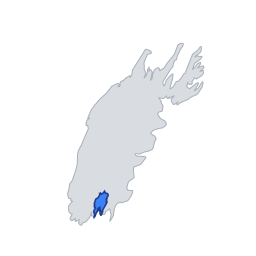 location of Vopnafjarðarhreppur, Austurland, Iceland, rotated 124°
{"feature_id": "244011B85031335132444", "entity_name": "Vopnafjarðarhreppur", "entity_type": "district", "adm_level": 2, "iso_a3": "ISL", "parent_name": "Iceland", "parent_adm1": "Austurland", "projection": "robinson", "projection_center": [-14.859, 65.704], "detail": "fine", "context": "in_parent", "style": "filled", "palette": "blue", "viewbox_px": 256, "rotation_deg": 124, "n_neighbors": 0, "source": "geoboundaries", "source_scale": "gbopen_adm2", "svg_char_len": 6435}
<svg xmlns="http://www.w3.org/2000/svg" viewBox="0 0 256 256"><g transform="rotate(124 128 128)"><path d="M197.0,94.8L199.3,94.9L203.0,94.0L208.3,91.4L210.5,90.9L215.7,90.9L209.4,93.4L207.1,96.1L205.4,97.4L205.4,98.0L209.8,99.7L211.9,99.1L212.8,99.3L213.7,100.1L214.2,101.6L213.9,103.3L212.6,104.9L210.9,106.2L211.1,106.6L212.5,106.9L219.7,106.0L220.5,108.0L221.2,108.7L221.0,109.3L218.1,111.5L221.5,110.1L224.2,109.8L228.8,110.4L230.7,111.2L231.8,112.5L234.1,112.1L235.1,112.9L235.2,113.7L234.2,116.0L231.4,117.1L233.1,118.7L234.5,118.8L234.7,119.1L234.6,120.1L232.5,121.2L236.0,122.5L236.4,123.0L236.2,124.4L235.6,125.2L234.6,125.7L232.1,125.8L230.5,126.3L231.1,127.3L230.6,129.8L228.6,131.9L226.8,133.0L225.0,133.8L220.0,133.0L220.2,134.8L218.4,135.9L218.7,136.8L219.3,137.3L219.0,138.5L216.7,141.0L215.1,141.8L211.9,142.7L207.2,145.0L202.5,144.9L190.9,148.1L186.3,149.9L178.0,155.1L174.5,156.5L168.6,157.1L150.7,160.5L148.6,162.6L148.5,163.0L149.3,163.8L147.9,165.3L145.2,166.3L143.9,166.3L141.7,165.4L141.4,165.9L142.3,166.9L133.5,168.7L121.4,167.8L110.8,165.3L102.3,164.7L96.5,161.2L96.4,160.7L97.0,159.6L99.2,159.2L98.2,158.1L94.5,159.9L93.4,159.9L91.9,159.1L91.8,158.4L88.8,158.1L83.7,155.9L83.4,155.4L84.7,154.6L84.4,154.5L81.6,154.6L77.4,156.7L53.0,157.5L52.3,156.4L51.5,152.4L52.5,150.6L53.5,150.8L56.2,153.1L62.7,151.8L65.4,151.0L68.0,148.8L69.4,148.1L71.6,145.3L73.6,143.5L77.8,142.7L74.1,142.2L67.9,144.5L65.9,144.5L66.9,143.5L69.0,142.4L67.6,142.3L67.1,141.8L67.1,140.8L68.2,139.1L75.6,136.1L73.9,135.6L68.8,137.8L65.1,138.6L62.2,137.6L60.9,136.2L61.0,135.6L62.8,133.8L62.6,133.4L61.4,133.3L58.3,131.6L53.2,131.8L40.7,130.8L31.1,133.1L28.9,132.1L27.2,129.8L27.7,128.9L29.4,128.4L34.0,128.5L40.8,127.4L44.0,126.1L45.2,126.4L45.7,127.1L50.0,126.1L52.3,125.0L56.0,125.5L70.2,124.9L72.1,123.4L72.9,121.7L72.6,121.4L67.3,122.9L66.1,122.9L60.2,122.1L58.1,121.1L58.9,120.4L62.1,118.7L70.4,115.9L71.6,115.4L71.7,114.7L68.6,113.6L62.5,113.9L61.0,112.5L56.0,111.7L52.6,112.2L50.9,111.3L30.8,115.7L24.5,113.7L20.0,113.4L19.6,112.7L22.4,110.8L24.3,110.4L26.1,110.6L29.5,112.0L31.9,112.4L29.0,110.4L29.0,108.5L28.1,108.0L27.3,106.8L27.7,106.3L31.3,106.6L37.0,108.8L39.8,108.4L43.6,107.0L35.4,106.2L33.0,104.5L34.9,103.6L39.1,103.7L34.6,100.7L34.4,100.2L35.3,98.9L41.2,100.0L38.2,98.2L38.1,97.8L39.0,97.5L39.6,96.4L41.1,96.0L44.1,96.4L48.6,98.4L49.3,99.0L49.3,101.1L51.2,100.8L53.3,101.0L55.3,99.6L56.5,100.0L57.4,101.2L57.1,104.0L58.4,103.0L60.6,103.0L61.1,100.7L60.8,98.8L53.8,96.7L51.1,95.2L51.5,94.7L52.9,94.2L60.3,93.8L57.2,92.9L56.5,92.0L50.8,92.3L48.0,92.0L48.0,91.5L49.2,90.8L52.7,89.4L59.2,89.3L61.8,89.6L66.6,92.8L70.5,94.1L77.0,98.3L81.2,100.0L81.4,100.4L80.7,100.9L79.0,101.4L81.5,102.2L83.0,103.3L83.1,103.8L81.5,107.2L79.8,108.3L75.8,107.7L76.7,108.8L79.5,109.9L80.1,110.6L79.6,111.2L81.0,111.0L81.4,111.4L80.7,113.3L79.9,114.0L82.3,114.4L83.9,115.4L85.7,119.3L86.9,116.3L87.5,115.2L88.5,114.8L89.8,111.7L92.6,109.9L95.1,109.2L97.6,111.4L99.5,111.6L101.6,107.8L102.0,105.0L101.5,102.0L102.0,99.8L103.3,98.5L105.0,98.1L108.5,99.4L111.4,102.4L115.7,105.7L118.8,106.5L119.4,106.4L120.0,105.4L119.7,101.0L121.2,98.7L124.9,98.1L130.6,96.0L131.9,95.9L134.6,97.2L139.4,101.5L142.9,103.6L144.7,106.8L145.5,107.4L146.3,106.4L146.4,105.0L142.3,98.2L142.3,97.3L142.7,96.6L150.4,97.0L152.1,97.7L157.3,101.5L160.0,100.0L165.3,95.4L167.1,95.6L171.5,97.4L173.2,97.3L178.4,95.6L179.6,93.5L177.4,89.2L178.4,88.3L183.2,87.3L188.4,87.5L193.7,91.5L193.9,93.3L197.0,94.8Z" fill="#d9dde1" stroke="#a8b0b8" stroke-width="1"/><path d="M193.4,112.1L194.0,112.2L194.3,112.1L194.6,112.1L195.1,112.1L197.7,113.0L197.5,113.4L197.3,114.0L197.3,114.4L197.5,114.4L197.5,114.5L197.5,114.4L197.6,114.5L197.6,114.4L197.7,114.5L197.7,114.4L197.8,114.4L198.0,114.3L198.1,114.5L201.3,113.8L203.6,114.2L203.8,114.5L204.0,114.6L204.4,114.8L205.0,114.9L205.3,114.9L209.5,113.7L209.9,113.3L210.0,113.2L210.1,112.9L210.1,112.7L210.3,112.7L210.5,112.6L210.8,112.5L211.0,112.4L211.4,112.5L211.5,112.1L211.9,111.7L212.0,111.7L211.9,111.5L212.1,111.4L212.1,111.2L212.4,111.0L212.3,110.7L212.4,110.4L212.4,110.2L212.5,110.1L212.9,110.2L213.3,110.2L213.9,110.2L214.6,110.3L215.1,110.2L215.6,109.8L215.9,109.6L216.0,109.6L216.4,109.6L216.6,109.7L216.9,109.3L216.9,109.2L217.0,109.0L217.2,108.9L217.7,108.5L217.7,108.3L217.8,108.2L218.0,107.6L218.4,107.5L219.0,107.0L220.3,106.5L220.7,106.6L220.8,106.5L220.9,106.4L221.0,106.3L221.0,106.2L220.9,106.2L221.0,106.1L220.9,106.1L220.6,106.0L220.4,106.1L220.2,106.1L219.9,106.1L219.7,106.2L219.4,106.1L219.2,106.1L218.6,106.3L218.4,106.3L217.8,106.5L217.7,106.5L217.4,106.6L217.2,106.7L216.9,106.8L216.6,106.8L216.2,106.9L215.8,106.8L215.7,106.8L215.3,106.8L215.1,106.8L214.9,106.8L214.7,107.0L214.4,107.0L214.1,107.0L214.1,106.9L213.9,106.9L213.9,107.0L213.7,107.0L213.1,107.3L212.9,107.4L212.7,107.4L212.3,107.4L212.2,107.5L211.9,107.6L211.7,107.7L211.6,107.8L211.2,107.8L210.8,107.6L210.7,107.6L210.6,107.4L210.8,107.2L211.0,107.1L211.1,106.9L211.3,106.8L211.2,106.8L211.3,106.8L211.3,106.7L211.3,106.8L211.4,106.7L211.4,106.8L211.4,106.7L211.5,106.6L211.8,106.5L211.9,106.4L212.0,106.3L212.3,106.1L212.1,106.0L211.9,106.0L211.7,106.2L211.2,106.5L210.3,106.9L210.2,107.0L209.9,107.1L210.0,107.0L209.9,107.0L209.8,106.9L209.7,106.9L209.8,106.8L210.0,106.7L210.3,106.7L210.6,106.5L210.6,106.4L211.1,106.4L211.0,106.2L211.3,106.1L211.5,106.2L211.4,105.9L211.2,105.7L211.3,105.5L211.3,105.4L211.5,105.4L211.6,105.2L211.7,104.8L211.8,104.8L212.0,104.7L212.4,104.7L212.5,104.7L212.8,104.6L213.0,104.6L213.0,104.4L213.0,104.2L213.9,103.8L214.0,103.7L214.3,103.7L214.5,103.5L214.5,103.4L214.6,103.2L214.9,103.0L215.0,102.9L215.1,102.7L215.2,102.4L215.3,102.3L215.4,102.1L215.5,101.9L215.5,101.7L215.2,101.5L214.8,101.5L214.0,101.5L213.2,101.8L212.8,102.1L212.7,102.1L212.2,102.1L212.3,102.2L212.2,102.3L212.1,102.5L212.0,102.8L211.9,102.9L205.1,103.5L202.2,103.7L201.4,104.0L201.8,104.2L201.8,104.3L201.6,104.4L201.5,104.5L201.4,104.8L201.1,105.0L200.9,105.1L200.6,105.1L200.3,105.2L200.2,105.2L200.2,105.3L199.9,105.4L199.8,105.5L199.6,105.6L199.3,105.8L199.2,105.8L199.3,105.9L199.4,106.0L199.2,106.2L199.3,106.2L199.2,106.3L198.9,106.3L198.7,106.2L198.7,106.3L197.1,106.5L196.6,106.5L194.7,106.8L193.9,108.0L193.9,108.4L194.0,108.6L193.9,108.7L194.0,108.9L194.0,109.0L194.3,109.7L194.5,109.8L194.6,110.1L194.6,110.3L194.6,110.5L194.5,110.8L194.4,110.8L193.4,112.1Z" fill="#3b82f6" stroke="#1e3a8a" stroke-width="1.5"/></g></svg>